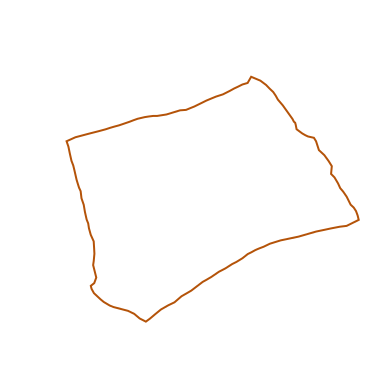 Huth, Amran, Yemen, rotated 331°
{"feature_id": "15242507B35105243625630", "entity_name": "Huth", "entity_type": "district", "adm_level": 2, "iso_a3": "YEM", "parent_name": "Yemen", "parent_adm1": "Amran", "projection": "mercator", "projection_center": [43.982, 16.275], "detail": "fine", "context": "isolated", "style": "outline", "palette": "amber", "viewbox_px": 384, "rotation_deg": 331, "n_neighbors": 0, "source": "geoboundaries", "source_scale": "gbopen_adm2", "svg_char_len": 1834}
<svg xmlns="http://www.w3.org/2000/svg" viewBox="0 0 384 384"><g transform="rotate(331 192 192)"><path d="M106.9,86.8L105.9,92.4L103.8,99.1L101.7,106.3L101.0,111.2L99.7,116.0L97.0,125.3L96.1,129.5L95.3,133.4L95.0,137.3L92.3,143.9L91.1,150.7L88.7,157.5L86.5,165.0L86.0,169.1L84.3,173.7L82.7,180.3L82.1,187.5L78.9,194.2L76.7,198.7L72.6,204.7L70.1,208.0L66.8,220.4L62.3,224.3L58.0,225.0L57.2,228.0L57.2,229.2L57.2,233.0L58.7,237.6L60.0,241.6L61.5,245.4L65.0,251.4L67.5,254.5L78.4,264.9L82.4,270.6L84.9,277.2L88.8,283.0L93.6,282.4L100.7,281.0L107.9,279.7L114.6,279.6L116.5,279.6L123.2,280.0L132.3,278.1L139.5,278.0L143.6,277.9L150.3,276.9L157.8,275.8L162.1,275.8L165.7,275.7L167.2,275.7L177.0,274.8L179.8,274.9L184.2,275.0L192.2,274.5L196.9,274.7L204.0,274.4L210.7,273.3L214.6,273.5L219.1,273.5L221.4,273.7L224.0,274.0L228.1,274.6L235.1,275.0L241.8,276.4L246.1,277.3L263.6,282.7L281.1,286.7L281.5,286.8L288.9,289.1L295.5,291.1L299.5,292.4L304.4,294.0L310.8,296.6L324.3,297.2L325.5,292.8L326.2,288.2L325.9,284.0L324.6,280.0L325.0,271.1L324.4,264.9L323.5,260.5L323.9,255.3L323.7,248.3L322.4,243.6L326.8,237.2L326.5,231.2L325.6,223.9L323.3,216.9L325.1,207.8L324.9,203.7L320.3,199.6L318.6,197.2L316.8,194.2L313.9,187.8L315.3,183.5L315.8,181.4L315.2,179.9L315.3,176.8L313.4,160.2L311.9,152.8L311.9,148.4L311.5,143.9L310.0,139.2L308.7,134.3L305.8,127.8L299.6,119.9L293.5,123.6L288.2,122.4L283.4,122.2L279.0,121.9L274.2,121.9L266.4,121.6L259.3,120.2L254.2,119.6L248.8,119.0L244.2,118.8L236.3,118.4L235.8,118.4L231.0,117.8L226.6,117.3L221.2,114.8L207.2,111.8L202.3,110.0L198.2,108.5L194.8,106.6L190.8,105.0L187.0,103.6L180.0,101.6L175.8,100.9L171.5,100.3L164.2,99.0L160.4,98.3L156.0,97.2L151.6,96.2L146.9,95.3L139.6,93.5L132.0,91.5L128.1,90.5L121.3,88.8L116.6,87.6L111.6,87.2L106.9,86.8Z" fill="none" stroke="#b45309" stroke-width="2"/></g></svg>